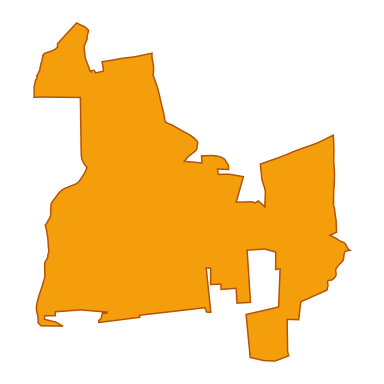 Villa de Etla, Oaxaca, Mexico (Robinson projection)
{"feature_id": "50627088B54456167780056", "entity_name": "Villa de Etla", "entity_type": "district", "adm_level": 2, "iso_a3": "MEX", "parent_name": "Mexico", "parent_adm1": "Oaxaca", "projection": "robinson", "projection_center": [-96.795, 17.197], "detail": "fine", "context": "isolated", "style": "filled", "palette": "amber", "viewbox_px": 384, "rotation_deg": 0, "n_neighbors": 0, "source": "geoboundaries", "source_scale": "gbopen_adm2", "svg_char_len": 4738}
<svg xmlns="http://www.w3.org/2000/svg" viewBox="0 0 384 384"><path d="M250.2,357.5L261.7,360.1L263.7,360.6L275.2,361.0L288.7,355.8L287.6,351.8L287.4,337.7L287.1,319.4L298.7,319.7L300.5,304.3L300.9,301.7L327.0,290.1L328.0,285.3L327.5,282.2L327.6,281.5L328.0,281.0L328.4,280.6L329.2,280.3L330.8,280.1L331.9,279.9L333.1,279.1L334.0,278.2L335.0,277.1L335.7,276.0L336.0,275.2L336.1,273.7L335.7,271.1L335.7,270.3L336.0,269.0L336.3,268.2L339.3,264.4L340.7,263.0L342.0,261.7L342.5,261.2L342.8,260.8L343.4,259.7L344.1,253.9L344.5,252.7L344.7,252.2L345.3,251.5L345.9,251.1L346.6,250.9L348.9,250.5L350.0,250.3L349.0,249.6L348.2,248.9L347.7,248.3L347.3,247.7L346.8,246.8L346.0,244.9L345.1,243.7L344.4,243.0L343.8,242.5L343.2,242.2L342.6,242.0L339.5,240.8L338.3,239.9L337.5,239.2L336.7,238.8L334.8,237.8L331.7,236.1L329.8,235.4L330.3,234.9L330.9,234.7L332.1,234.3L335.8,232.6L336.6,232.2L336.0,219.5L335.2,215.4L334.6,209.0L333.5,205.2L333.6,196.5L333.8,189.3L334.3,183.3L334.5,173.4L333.7,161.1L333.9,150.5L333.7,142.7L333.2,135.2L325.2,139.2L317.3,143.0L309.9,145.7L301.2,148.7L295.2,151.0L293.7,151.5L286.5,154.6L280.2,157.1L273.8,159.3L260.3,164.1L260.6,166.6L260.8,169.2L261.1,171.7L261.4,174.1L261.6,176.7L261.9,179.2L262.8,182.7L263.5,184.8L264.3,186.9L264.8,189.0L265.3,191.0L265.3,193.1L265.3,195.3L265.1,198.1L265.1,200.9L264.9,201.7L264.9,202.4L264.9,206.9L258.4,200.9L254.8,203.0L252.5,201.8L236.1,202.2L237.5,197.7L237.7,196.9L243.4,176.7L243.1,176.6L241.2,176.3L239.2,175.9L228.9,174.2L218.3,174.4L217.5,169.0L226.4,169.4L228.5,169.6L228.4,165.4L224.9,159.6L224.5,159.2L221.0,157.1L216.2,155.9L211.5,155.5L209.2,155.6L202.2,155.8L201.5,155.9L201.7,158.6L201.9,162.9L197.1,162.5L193.7,162.1L193.3,162.1L189.9,161.9L188.9,161.8L187.4,161.6L184.3,161.4L187.4,157.5L189.4,155.8L193.2,152.7L196.3,150.0L196.9,148.6L197.1,145.4L197.6,144.5L197.6,142.1L197.0,141.1L194.6,138.5L190.4,135.3L182.5,131.0L178.0,128.4L171.8,124.9L167.8,123.4L166.8,122.9L166.3,122.3L165.2,121.9L164.7,119.1L164.1,116.0L163.7,113.2L161.2,103.3L160.5,100.2L159.5,95.6L159.3,94.6L158.4,91.0L158.1,89.8L157.3,87.3L156.9,85.7L156.6,85.1L156.3,84.0L156.0,83.3L153.7,76.7L153.0,75.1L153.3,74.2L153.5,71.6L153.5,71.2L153.6,68.1L153.5,66.5L151.9,56.3L152.0,53.2L144.1,54.9L134.1,56.9L127.3,57.7L122.9,58.2L116.8,59.3L109.2,60.7L102.0,61.7L103.4,68.9L103.3,69.6L103.3,71.2L101.0,71.7L100.7,71.8L99.8,72.0L99.2,72.1L98.0,72.4L97.5,72.5L96.7,72.7L95.7,72.9L94.0,70.3L91.9,70.5L90.6,70.9L90.9,71.7L89.8,71.0L89.5,69.9L89.2,68.3L85.5,58.8L85.1,56.5L85.0,55.7L84.6,52.9L84.6,51.4L84.3,49.7L84.1,46.8L84.2,46.0L86.4,40.6L87.1,38.7L87.4,38.0L86.8,37.3L88.7,30.4L84.8,26.8L79.5,24.4L76.7,23.0L74.0,25.8L72.8,27.0L71.5,28.6L70.3,29.8L69.6,30.6L68.7,31.4L68.6,31.5L67.8,32.4L67.0,33.2L66.4,33.8L65.7,34.6L65.0,35.4L63.9,36.7L62.8,37.9L61.5,39.4L60.4,40.5L59.5,41.6L59.0,42.4L57.9,43.2L57.5,43.7L57.5,45.0L57.5,46.9L57.5,47.4L56.7,47.9L56.2,48.2L55.8,48.7L55.4,49.2L54.7,49.5L54.0,49.9L53.2,50.2L52.6,50.4L52.1,50.7L50.8,51.2L49.7,51.7L49.0,51.9L48.0,52.2L47.2,52.4L46.5,52.6L45.9,52.8L45.4,53.0L44.8,53.4L44.4,53.6L44.0,53.9L43.5,54.5L42.9,55.2L42.8,56.1L42.7,57.0L42.3,58.9L42.2,59.5L42.1,60.3L41.9,61.0L41.3,62.7L41.1,63.1L40.9,63.8L40.8,64.4L40.7,64.8L39.7,70.2L38.8,72.1L37.6,74.6L36.7,75.8L36.9,76.4L37.2,77.3L37.0,77.6L36.2,79.1L35.9,79.7L35.5,80.6L34.2,86.2L34.1,89.6L34.2,94.6L34.0,97.4L38.9,97.1L41.6,97.0L42.1,97.0L56.8,97.2L58.7,97.2L80.4,97.5L80.4,100.1L80.6,111.0L80.6,115.3L80.7,122.3L80.9,132.9L80.9,133.6L80.9,134.4L80.9,135.6L81.0,136.8L81.0,137.6L81.0,139.5L81.1,147.5L81.3,155.2L81.5,157.4L82.3,160.2L83.1,161.9L84.5,164.4L85.4,165.5L86.0,166.3L87.0,167.4L86.4,168.8L85.7,170.7L84.1,173.9L83.8,174.5L80.1,179.9L79.0,181.5L76.6,183.6L76.0,183.9L74.3,184.6L72.2,185.4L67.6,187.3L65.0,188.3L64.3,188.6L62.2,189.9L60.9,191.0L60.0,191.7L59.4,192.5L58.8,193.2L56.8,195.8L55.2,197.8L53.5,200.1L52.2,201.8L51.6,202.8L51.0,204.3L51.0,204.8L50.9,207.5L50.8,210.5L50.7,214.0L50.7,215.2L50.0,217.5L49.1,219.0L48.2,220.4L47.3,222.0L46.7,223.2L45.2,225.1L45.6,226.2L46.8,231.3L48.0,239.9L48.3,246.0L48.6,249.7L49.0,251.4L48.0,254.4L47.6,257.5L44.8,262.7L44.7,266.8L44.8,271.9L44.8,277.2L41.0,289.7L39.0,295.6L37.0,302.9L36.3,307.5L36.7,311.6L37.8,315.6L38.2,320.6L38.1,322.8L41.1,325.8L63.0,326.1L55.8,322.1L44.4,319.3L44.8,315.8L55.2,315.7L55.4,311.7L62.3,311.3L80.3,309.9L107.2,312.1L106.8,313.4L102.4,313.2L101.1,318.4L98.7,320.7L98.8,322.5L139.8,317.3L139.3,315.3L141.6,315.0L189.5,309.5L204.9,307.7L206.5,312.0L210.8,312.4L206.2,267.8L210.6,268.1L210.7,284.5L220.9,284.1L221.1,289.4L236.1,288.3L237.0,303.1L250.5,302.4L247.1,250.2L264.7,249.0L275.7,252.1L275.6,269.5L280.1,268.7L278.6,307.0L246.1,314.5L250.2,357.5Z" fill="#f59e0b" stroke="#b45309" stroke-width="1.5"/></svg>